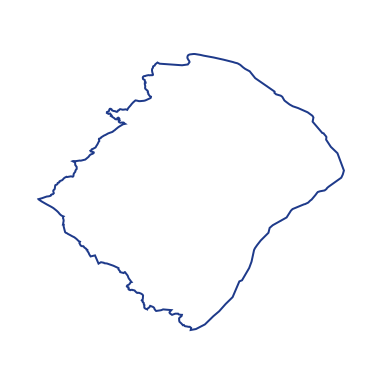 outline of Askim nor, Østfold, Norway, rotated 173°
{"feature_id": "86288312B6065445509759", "entity_name": "Askim nor", "entity_type": "district", "adm_level": 2, "iso_a3": "NOR", "parent_name": "Norway", "parent_adm1": "Østfold", "projection": "natural_earth1", "projection_center": [11.217, 59.597], "detail": "fine", "context": "isolated", "style": "outline", "palette": "blue", "viewbox_px": 384, "rotation_deg": 173, "n_neighbors": 0, "source": "geoboundaries", "source_scale": "gbopen_adm2", "svg_char_len": 5974}
<svg xmlns="http://www.w3.org/2000/svg" viewBox="0 0 384 384"><g transform="rotate(173 192 192)"><path d="M322.9,183.1L323.1,182.3L323.2,181.7L322.9,180.6L322.9,179.0L323.5,177.2L323.6,176.6L324.1,175.3L323.3,175.1L323.6,173.6L323.1,169.5L322.8,167.6L322.3,167.0L321.1,166.3L320.5,165.7L318.2,164.1L316.3,162.7L314.3,161.4L312.3,159.4L310.4,157.0L309.2,156.3L310.0,155.1L309.0,152.4L307.8,151.6L306.4,151.4L306.0,150.8L305.7,150.1L303.9,148.5L303.8,147.7L302.9,147.3L302.8,147.1L303.0,146.4L302.9,145.8L302.2,144.8L302.0,144.3L301.9,143.7L301.5,142.5L300.5,140.4L296.0,140.9L293.5,132.3L290.9,133.4L288.1,132.5L287.7,132.0L285.1,131.4L279.0,128.4L274.2,125.4L274.4,124.2L273.0,121.9L273.0,121.2L269.7,119.9L268.9,120.5L268.4,120.7L268.2,120.6L267.7,119.6L266.3,117.3L265.9,116.4L265.6,114.8L265.1,113.6L264.1,111.9L263.6,110.9L263.0,110.0L263.8,109.9L265.5,108.0L267.7,107.1L268.1,106.5L268.2,106.4L268.1,106.1L267.7,105.6L266.7,105.2L266.6,104.6L266.9,104.0L266.9,103.4L266.7,103.0L266.4,103.0L266.4,102.9L266.2,102.7L265.6,102.3L265.2,102.3L265.1,102.1L263.9,102.3L263.0,102.1L262.7,101.8L262.0,101.7L261.5,101.5L260.8,101.1L260.5,100.4L260.0,99.9L259.5,99.2L258.9,98.9L258.9,98.7L258.1,98.4L257.1,98.5L255.0,97.4L253.6,96.2L253.2,95.2L253.9,91.7L255.1,90.6L254.6,89.8L254.2,89.6L254.4,89.3L254.4,89.1L254.3,88.8L254.2,88.5L253.7,88.1L253.4,87.7L253.5,86.0L253.0,85.5L253.3,84.6L253.4,83.2L253.2,82.6L252.2,81.7L251.6,81.5L250.8,81.0L250.7,81.4L250.6,81.5L248.3,82.8L247.4,84.1L247.1,84.0L245.9,83.3L244.9,82.8L244.0,82.0L243.6,81.3L243.4,80.2L242.6,78.9L242.1,78.3L238.0,78.4L236.8,78.5L235.0,79.0L226.9,77.3L228.3,76.1L229.0,75.3L229.0,74.8L228.6,74.1L226.8,72.5L223.4,73.3L220.6,72.9L220.3,72.3L220.0,72.1L218.2,71.5L217.0,71.3L217.5,70.1L219.3,69.0L220.2,68.2L220.4,65.7L220.2,64.7L218.4,62.6L218.0,61.9L217.7,61.6L217.4,61.1L217.3,60.9L216.3,61.0L215.6,59.9L215.1,59.6L213.6,59.2L211.9,58.6L210.7,58.5L209.4,57.2L210.1,55.2L204.8,55.5L195.3,59.0L186.0,66.1L179.6,70.3L172.2,76.8L164.5,82.7L155.9,97.5L153.1,98.3L144.5,109.6L141.4,115.6L138.5,123.9L137.5,126.8L136.4,128.5L133.8,131.4L129.7,135.5L121.1,142.2L119.3,146.9L115.9,149.2L101.2,155.2L96.1,161.4L94.3,162.8L82.4,166.1L81.3,166.2L78.0,167.3L75.8,169.0L74.2,169.9L70.0,173.8L67.7,176.2L67.0,176.7L64.9,177.1L60.2,177.4L58.3,178.5L57.3,179.6L55.6,180.7L42.1,188.0L40.2,191.0L38.6,194.8L42.9,212.8L48.7,219.9L52.5,227.6L51.9,230.2L52.5,231.4L53.9,233.5L54.2,234.2L55.5,234.7L63.7,247.1L62.4,251.2L63.2,253.0L67.5,257.0L76.5,262.4L81.5,264.8L84.5,267.0L88.3,270.7L89.2,271.7L90.8,275.5L92.2,276.8L96.6,278.7L98.1,280.4L97.8,281.6L115.4,297.3L120.1,304.9L120.5,305.1L124.2,307.7L126.1,309.5L128.6,312.3L130.6,313.8L131.2,314.2L133.8,315.2L135.5,316.0L144.6,319.5L154.2,322.9L163.8,325.9L167.1,327.1L172.3,328.6L173.9,328.8L177.4,328.8L178.3,328.6L179.3,328.1L179.6,327.7L180.1,326.6L180.2,325.8L180.1,325.1L179.2,323.0L178.8,322.3L178.6,321.5L178.7,321.1L180.6,319.1L186.4,319.0L208.5,323.3L210.5,324.7L212.9,323.2L213.7,322.0L215.0,321.6L215.4,321.1L215.5,320.3L216.6,318.9L216.8,318.1L216.9,317.3L216.8,315.6L216.4,313.4L216.5,313.0L216.9,312.8L217.5,312.8L219.0,313.0L219.9,313.0L221.0,313.3L223.3,313.1L224.3,312.8L225.2,312.9L226.1,312.6L226.6,312.2L226.9,311.6L226.9,310.9L226.9,310.3L226.7,310.0L226.5,309.8L225.4,309.0L225.2,308.8L225.3,307.7L225.2,307.0L224.7,306.7L224.7,306.0L225.6,305.8L225.7,304.9L225.5,302.8L225.9,300.9L225.7,300.1L225.0,299.3L224.6,298.7L224.0,298.3L223.6,297.5L223.5,297.0L223.8,296.6L223.6,296.1L223.5,295.8L223.3,295.1L223.5,294.7L222.7,293.2L222.1,292.2L221.1,291.6L221.3,290.9L221.7,290.3L227.1,288.6L228.6,288.4L232.1,288.5L233.5,288.6L235.5,289.4L237.0,289.8L239.5,288.1L241.6,286.3L242.1,285.7L244.9,283.2L246.3,281.4L247.5,282.1L250.6,282.1L253.3,283.0L253.9,282.7L254.5,282.1L255.3,282.0L256.1,281.3L256.1,281.0L256.8,280.7L257.8,281.1L258.5,281.6L259.7,281.9L260.6,282.3L261.4,282.8L261.7,283.8L262.4,284.4L263.1,284.6L263.5,284.5L263.6,284.0L264.1,283.7L264.2,283.1L264.5,282.6L265.6,282.0L266.7,281.7L266.9,280.8L265.3,279.7L263.9,279.9L263.8,279.5L263.3,279.2L262.7,278.2L263.0,277.9L262.6,277.6L263.1,277.2L262.4,276.7L262.0,276.3L260.9,275.4L260.3,274.9L259.3,273.7L258.3,273.3L257.3,273.8L257.2,274.3L256.2,274.8L255.9,274.7L255.4,274.1L255.2,273.6L255.9,273.1L256.5,272.9L256.3,272.5L255.2,272.4L255.0,272.0L255.6,271.6L256.1,270.7L255.6,270.0L254.7,269.5L253.0,269.5L251.6,269.3L251.1,269.0L250.6,268.2L250.1,267.8L252.3,267.6L257.1,265.4L259.5,263.9L260.3,263.4L261.1,262.8L262.7,262.0L263.5,261.4L268.0,260.4L270.9,259.2L272.3,258.8L275.1,257.5L275.5,257.3L276.2,256.5L277.8,256.2L278.0,255.8L277.8,253.9L278.6,253.1L279.8,251.2L280.4,250.4L281.2,249.5L281.9,248.5L282.3,248.0L283.2,247.6L284.6,247.1L285.3,246.8L286.3,246.6L286.7,245.8L287.7,245.4L287.5,245.1L287.6,244.8L287.6,244.7L286.4,244.2L286.1,243.9L285.6,243.9L285.5,243.6L285.2,243.5L285.1,243.1L284.7,243.1L284.7,242.9L285.2,242.5L285.4,242.3L286.3,242.0L287.9,241.6L289.0,241.0L290.4,239.5L293.5,237.5L294.0,237.2L298.1,236.7L298.9,236.7L299.6,236.9L303.6,236.8L306.3,237.2L306.7,237.1L304.4,235.6L304.4,235.0L304.6,234.2L304.5,233.7L304.6,233.1L303.5,231.1L303.4,230.9L303.6,229.6L303.6,229.0L303.9,228.7L304.6,228.1L305.1,227.4L305.3,226.5L305.4,226.3L306.4,225.4L307.3,224.2L307.7,222.4L308.1,221.9L308.5,221.7L310.2,222.3L313.8,222.1L314.7,222.2L314.9,222.4L315.5,222.1L316.7,221.7L318.0,220.8L318.3,220.4L319.4,219.6L319.9,219.4L321.2,219.1L322.2,218.7L322.3,218.6L322.3,218.1L322.7,217.7L324.2,217.3L324.6,216.3L324.9,216.1L325.4,215.8L326.3,215.6L326.9,215.3L327.8,212.1L328.2,211.3L329.0,210.9L329.4,210.4L329.6,209.9L329.6,209.4L329.3,207.7L329.8,207.2L330.3,206.8L331.5,206.7L332.4,206.3L332.5,206.1L332.5,205.8L332.5,205.7L332.8,205.5L334.5,205.2L336.8,205.2L341.8,204.1L345.3,203.6L345.2,203.4L342.6,201.1L337.8,197.5L333.4,194.4L331.5,192.9L328.6,189.9L327.2,188.2L326.0,186.3L324.9,185.0L324.1,184.3L322.5,183.4L322.9,183.1Z" fill="none" stroke="#1e3a8a" stroke-width="2"/></g></svg>